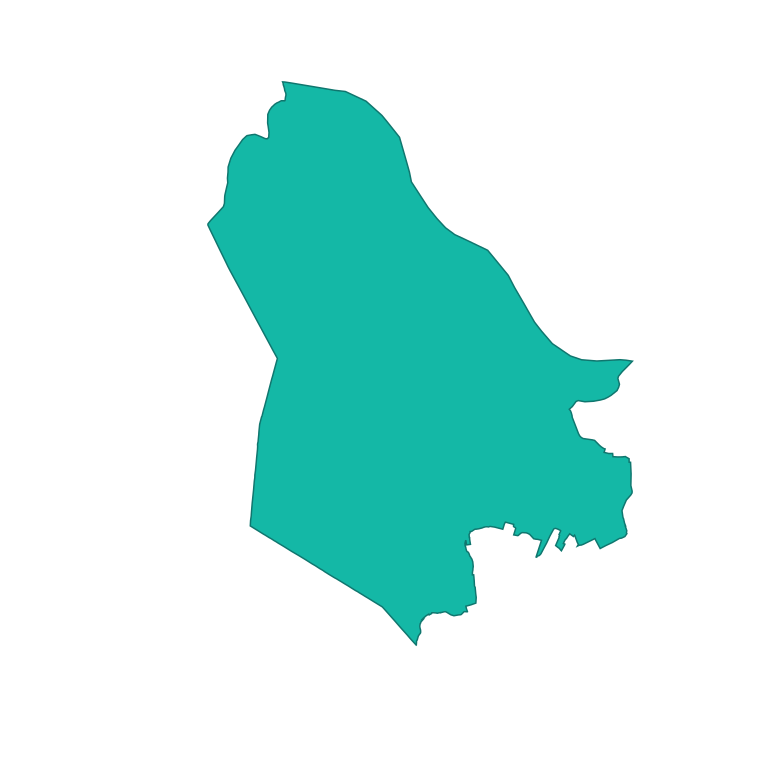 outline of Ostrov, Constanta, Romania, rotated 43°
{"feature_id": "2599482B6584350262118", "entity_name": "Ostrov", "entity_type": "district", "adm_level": 2, "iso_a3": "ROU", "parent_name": "Romania", "parent_adm1": "Constanta", "projection": "orthographic", "projection_center": [27.443, 44.076], "detail": "fine", "context": "isolated", "style": "filled", "palette": "teal", "viewbox_px": 768, "rotation_deg": 43, "n_neighbors": 0, "source": "geoboundaries", "source_scale": "gbopen_adm2", "svg_char_len": 6002}
<svg xmlns="http://www.w3.org/2000/svg" viewBox="0 0 768 768"><g transform="rotate(43 384 384)"><path d="M110.9,227.1L105.5,230.8L103.8,232.2L105.2,232.9L106.3,233.9L107.7,234.6L109.7,235.8L111.3,237.1L112.9,237.8L114.0,238.4L114.8,239.1L115.5,239.9L116.3,241.4L118.1,243.9L118.3,244.2L118.2,244.6L115.8,246.8L115.6,247.1L114.6,250.1L114.0,251.3L113.3,254.2L113.3,255.7L113.1,257.4L113.1,258.3L113.6,261.8L115.1,266.0L120.9,272.5L123.6,274.6L128.4,278.5L131.5,282.3L131.3,284.4L129.7,285.6L125.5,287.0L122.6,288.1L119.4,289.4L117.3,291.9L114.4,295.8L114.2,297.2L113.9,301.7L115.0,309.6L115.6,314.5L118.0,323.3L122.0,331.6L125.4,335.4L129.1,340.2L132.5,343.4L134.5,347.0L138.7,354.2L139.7,355.6L144.1,360.7L145.6,363.8L145.6,364.1L145.7,371.1L145.7,375.6L145.7,382.6L145.8,384.3L146.0,386.8L146.7,387.8L151.9,389.9L161.3,393.5L167.7,396.0L173.9,398.4L176.0,399.2L178.1,400.0L184.1,402.3L190.0,404.6L194.5,406.2L213.9,412.7L226.0,416.8L235.9,420.2L245.9,423.6L253.3,426.1L263.6,429.6L272.2,432.5L280.7,435.4L288.6,438.0L290.7,442.0L294.6,449.4L297.1,454.1L298.6,457.1L304.0,467.1L307.1,472.8L312.1,482.1L313.5,484.9L316.7,490.7L316.9,491.6L320.5,498.2L324.7,503.7L326.4,505.8L326.6,506.0L329.4,509.7L331.2,512.0L332.5,514.2L334.3,516.0L336.3,518.4L338.8,521.7L341.3,525.0L343.2,527.4L349.0,534.9L351.6,538.6L353.3,540.5L355.4,543.5L360.9,550.5L369.0,561.2L374.7,568.4L376.9,571.1L379.5,574.8L383.0,579.0L393.1,577.0L398.3,576.0L400.4,575.5L404.6,574.7L407.0,574.1L408.5,573.8L410.4,573.5L412.5,573.0L415.3,572.5L418.0,571.9L421.8,571.1L430.6,569.4L438.6,567.6L445.9,566.1L448.5,565.6L453.9,564.6L457.8,563.7L463.0,562.8L466.0,562.1L467.1,561.9L468.3,561.8L470.3,561.4L471.9,561.1L473.5,560.8L480.2,559.4L482.0,558.9L485.4,558.2L491.8,556.9L495.5,556.1L498.7,555.5L501.4,555.0L504.0,554.5L506.2,553.9L508.5,553.5L511.8,552.8L515.0,552.2L518.2,551.5L521.2,550.9L525.3,550.1L534.6,548.2L535.3,548.2L544.0,549.0L546.0,549.2L552.3,549.8L554.4,550.0L562.8,550.9L572.0,551.7L574.5,552.0L577.1,552.3L585.6,553.0L585.6,552.7L585.3,552.5L584.5,551.4L583.7,550.5L583.1,549.8L582.9,549.2L582.9,548.6L582.5,547.8L582.0,546.9L581.2,545.3L580.9,544.5L580.7,542.7L580.5,541.2L580.2,540.7L579.4,539.8L578.4,538.9L577.5,538.4L576.2,537.5L575.2,536.6L574.5,535.5L573.9,534.6L573.8,533.7L573.6,533.5L573.3,532.8L573.2,529.2L572.5,530.0L572.5,528.5L572.5,527.9L572.7,526.7L572.8,525.2L573.3,523.0L573.7,521.8L574.5,522.1L574.6,521.7L575.4,519.4L575.0,518.7L575.9,517.8L578.4,515.8L579.2,515.4L580.7,513.3L581.3,512.5L581.5,512.6L581.8,512.0L583.2,509.8L584.1,508.7L585.4,508.2L590.3,507.2L593.2,505.8L595.3,503.0L595.8,502.3L597.3,500.6L597.7,499.9L597.7,499.5L597.8,497.4L597.8,496.0L598.4,495.3L600.2,493.9L600.3,493.6L597.7,492.2L595.4,490.7L598.2,486.2L600.6,481.6L597.0,477.2L594.1,474.8L589.3,470.5L588.0,470.1L584.5,466.7L581.0,463.5L579.7,462.4L578.8,463.3L577.4,461.7L576.9,461.1L575.9,459.5L574.9,458.3L574.0,457.0L573.7,456.6L571.1,454.3L570.2,453.5L568.0,452.3L567.3,452.0L566.2,451.8L565.5,451.5L564.6,451.4L564.0,451.2L562.1,450.2L561.1,449.8L560.3,449.6L559.7,449.7L559.2,449.9L558.9,449.9L558.5,449.8L557.9,449.5L556.8,448.9L555.0,447.6L554.3,447.2L553.8,447.1L553.5,446.9L553.1,446.4L551.9,445.4L551.2,444.1L550.6,443.0L550.9,442.8L554.1,445.4L556.6,442.3L553.1,439.6L551.9,438.5L551.5,438.0L551.3,437.9L551.1,438.1L548.8,436.0L548.5,434.7L548.3,434.0L547.9,433.5L547.6,433.2L548.1,432.7L548.6,432.1L549.2,429.4L549.6,428.1L550.5,427.2L552.0,425.3L553.9,422.4L554.6,420.9L555.5,419.4L556.6,418.2L558.0,417.2L558.6,415.9L562.5,413.2L569.9,409.2L567.5,404.2L567.0,402.3L567.2,402.1L574.6,398.2L575.4,399.4L575.6,399.6L575.9,399.8L576.2,399.9L576.6,399.8L577.4,399.6L578.0,399.5L578.4,399.6L578.7,399.7L579.0,400.2L581.8,405.9L585.2,403.7L585.4,403.4L585.5,403.0L585.6,401.6L585.9,399.7L586.2,398.7L586.8,398.1L589.7,395.7L590.1,395.6L591.0,395.2L592.5,394.8L593.1,394.6L598.2,395.0L599.0,395.1L600.8,394.0L602.5,392.7L605.8,390.9L609.2,398.2L613.2,406.8L613.8,406.5L613.5,405.5L614.5,403.6L614.6,402.7L614.6,401.6L614.5,400.9L612.8,394.7L611.4,389.4L609.0,382.0L607.0,374.3L607.3,373.5L607.7,372.8L608.3,372.4L609.8,371.7L612.4,370.9L613.0,370.8L613.4,370.9L614.7,374.8L615.4,374.9L615.6,375.0L615.8,375.6L616.0,376.2L616.7,376.8L618.8,382.6L619.7,385.1L622.5,384.9L623.7,384.7L624.8,384.7L626.8,385.0L627.5,385.0L625.7,378.1L625.6,377.9L625.4,377.7L625.0,377.9L624.8,378.1L624.0,378.4L623.4,376.7L622.8,374.6L622.7,374.2L622.8,373.0L622.7,372.0L622.3,370.0L622.1,367.9L622.0,366.9L623.9,366.7L625.9,366.4L626.4,366.4L626.5,366.4L626.5,364.6L627.4,365.0L633.6,368.1L634.9,368.5L635.5,368.8L636.0,370.7L636.6,369.2L637.1,368.3L638.1,367.3L639.1,365.3L643.7,353.2L644.6,353.6L654.3,356.9L655.0,354.9L656.6,350.4L659.1,344.2L661.5,336.4L662.9,334.6L664.2,331.3L663.7,327.8L662.8,327.5L661.6,325.7L657.4,323.4L657.6,323.1L654.8,321.7L651.0,319.1L649.9,318.7L644.4,314.3L642.6,309.8L640.4,303.6L640.2,296.9L639.7,294.5L638.5,293.1L633.8,289.9L626.0,281.2L617.7,273.1L616.6,274.0L614.2,271.5L609.9,272.5L609.5,273.1L608.5,274.1L608.5,274.3L604.9,277.8L601.0,281.0L598.6,278.9L595.7,281.6L591.6,283.9L590.0,280.7L588.8,281.3L585.9,281.8L583.1,281.9L576.5,281.6L574.4,282.8L569.4,286.3L566.6,288.2L564.1,288.6L562.3,288.4L560.0,287.6L554.7,285.0L544.4,280.0L543.0,278.8L540.7,277.4L538.9,276.5L536.7,276.1L537.1,272.0L536.4,265.8L537.3,263.7L543.0,260.0L549.0,253.7L553.2,248.1L555.5,244.4L556.8,240.9L557.8,237.4L558.9,229.9L557.8,226.3L556.4,223.6L551.2,220.4L550.2,218.4L549.8,212.3L550.1,201.8L550.1,197.9L544.8,201.5L540.0,205.3L524.0,222.0L512.0,231.5L501.1,236.4L479.6,239.7L463.2,237.9L456.2,236.8L451.9,236.1L439.2,232.2L433.2,230.3L413.7,224.4L400.8,219.8L380.0,217.0L368.6,215.5L344.3,223.1L333.9,226.5L322.4,227.8L310.0,226.9L296.0,224.9L281.0,221.2L266.2,217.5L258.1,211.7L248.9,206.1L227.1,193.0L223.8,192.5L206.9,190.0L199.3,189.0L178.0,189.4L166.2,193.2L156.3,196.4L155.6,196.9L147.8,202.7L139.9,207.9L128.4,215.5L110.9,227.1L110.9,227.1Z" fill="#14b8a6" stroke="#0f766e" stroke-width="1.5"/></g></svg>